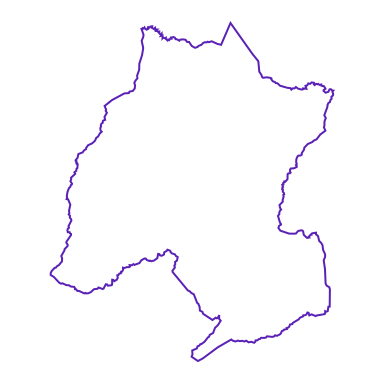 outline of Montepuez, Cabo Delgado, Mozambique
{"feature_id": "85939544B74766547400417", "entity_name": "Montepuez", "entity_type": "district", "adm_level": 2, "iso_a3": "MOZ", "parent_name": "Mozambique", "parent_adm1": "Cabo Delgado", "projection": "albers", "projection_center": [38.773, -12.625], "detail": "fine", "context": "isolated", "style": "outline", "palette": "violet", "viewbox_px": 384, "rotation_deg": 0, "n_neighbors": 0, "source": "geoboundaries", "source_scale": "gbopen_adm2", "svg_char_len": 5893}
<svg xmlns="http://www.w3.org/2000/svg" viewBox="0 0 384 384"><path d="M316.0,232.7L312.2,233.3L311.4,234.0L311.5,234.7L310.5,234.8L309.3,236.3L309.4,237.3L308.5,237.0L308.3,237.7L307.0,237.9L303.8,234.9L303.1,231.2L302.0,230.3L299.1,230.7L297.9,231.2L296.0,233.5L294.0,233.7L289.1,233.6L280.4,230.7L278.4,227.9L279.1,225.8L281.0,224.6L281.0,224.0L280.0,222.7L278.0,215.9L279.4,214.0L279.2,212.7L280.3,210.2L281.1,209.6L280.1,207.9L279.5,205.0L282.8,201.7L282.6,200.1L283.6,196.8L283.3,194.9L284.2,194.3L283.7,192.6L282.8,191.8L282.9,189.5L282.2,189.3L282.4,187.3L283.0,187.0L282.3,184.8L283.4,184.5L283.1,183.1L284.6,182.2L284.3,181.5L285.8,181.2L287.5,179.1L287.6,174.1L288.3,173.4L289.9,173.3L290.6,172.6L289.9,171.0L290.1,169.5L290.8,168.5L294.0,168.3L296.7,167.0L296.8,166.0L295.9,165.0L296.8,163.9L296.2,162.6L296.3,159.5L297.0,157.4L298.1,155.7L300.7,155.5L301.8,154.6L301.7,153.2L304.0,149.7L304.3,147.7L307.8,144.0L312.4,142.0L313.6,140.7L316.6,139.3L320.2,134.6L325.4,130.7L323.9,127.2L324.4,125.9L324.5,121.3L325.8,118.1L324.3,115.3L327.3,107.2L327.6,104.7L328.5,102.9L329.9,102.1L330.4,100.1L331.6,98.7L331.4,96.8L333.0,95.4L333.2,93.9L332.4,91.9L333.3,90.6L332.1,90.4L330.9,89.2L329.5,89.4L328.4,91.8L325.6,92.7L323.5,90.8L323.7,90.0L325.5,88.8L324.0,86.2L321.5,85.8L321.3,84.5L319.5,84.9L318.2,83.9L317.6,84.3L316.0,83.8L314.7,85.1L313.8,84.3L313.9,82.8L311.7,82.4L310.1,83.9L308.3,83.4L307.2,85.4L305.5,85.8L306.4,88.8L304.8,88.4L303.8,89.0L303.1,88.4L302.4,89.5L300.9,89.4L298.0,88.6L295.9,87.0L294.7,88.3L292.9,88.3L291.3,89.6L290.6,88.2L287.3,87.8L280.0,85.7L277.5,83.3L275.6,83.0L275.0,82.1L272.7,81.2L271.2,79.1L271.4,78.4L270.5,77.9L266.8,77.3L263.1,77.8L262.0,76.9L261.4,74.9L259.3,71.7L258.3,61.2L252.4,53.9L230.5,23.0L221.1,44.8L217.4,43.9L211.7,41.3L208.8,42.2L207.7,41.7L206.6,42.4L204.8,42.2L203.0,43.1L201.4,44.8L198.5,45.9L197.5,47.0L195.0,47.8L191.8,46.0L189.1,42.0L187.0,41.9L185.6,39.8L183.4,39.4L180.2,39.6L179.4,40.7L176.7,39.2L175.6,39.2L174.9,37.7L173.4,37.0L172.4,37.5L171.3,37.4L171.4,38.6L170.5,38.3L169.2,40.1L168.2,39.5L167.6,40.5L165.7,38.8L165.8,37.8L164.9,38.3L163.2,37.5L162.5,38.3L162.5,35.4L161.0,35.8L161.6,34.9L161.6,33.6L160.9,34.4L160.0,34.1L159.2,33.2L159.3,31.5L158.0,31.8L157.5,31.1L156.4,31.0L156.8,30.3L155.4,30.5L155.3,29.9L156.3,29.4L155.2,29.3L155.0,27.9L153.9,29.0L151.9,27.8L152.2,26.3L150.5,26.5L149.6,27.6L148.2,27.0L147.7,28.0L148.1,28.9L146.7,29.7L144.8,28.4L144.5,27.5L143.6,28.6L142.7,28.1L142.3,28.8L141.5,28.9L143.5,34.6L143.3,36.7L141.7,40.8L143.2,48.0L142.1,55.0L139.3,63.8L139.2,69.7L137.1,75.7L137.4,78.4L135.6,80.4L134.3,83.0L135.1,85.2L134.7,88.6L132.7,91.0L129.5,91.6L128.8,93.1L124.4,93.4L112.1,100.0L104.6,106.0L106.1,109.6L105.7,110.8L106.9,112.8L104.5,116.9L105.1,119.9L103.0,120.7L102.6,123.0L101.5,123.5L100.8,125.2L101.1,126.3L100.3,128.1L100.6,130.7L101.7,131.7L99.8,133.5L98.1,136.5L96.3,137.8L95.0,140.7L93.7,142.0L91.9,143.5L88.1,145.2L86.2,147.8L86.1,149.1L84.0,150.4L82.6,152.4L78.4,154.0L77.5,157.9L75.6,160.2L75.7,160.9L76.5,161.2L76.2,162.5L76.6,163.7L77.3,163.4L77.7,164.4L77.3,168.2L76.5,168.8L76.2,171.0L74.4,172.3L75.2,173.9L71.1,177.6L71.2,179.3L70.4,181.3L72.0,183.6L71.8,184.5L70.8,185.1L70.3,186.9L69.0,188.0L67.5,191.9L66.8,196.3L67.1,197.4L66.6,199.1L68.1,199.3L70.3,204.7L69.0,210.9L69.4,213.1L68.7,214.4L70.0,215.8L69.8,217.6L71.1,219.2L71.4,220.5L68.5,226.2L69.0,227.7L67.8,228.8L67.4,230.5L67.8,232.2L69.6,232.2L69.9,233.3L71.0,233.9L71.0,235.1L66.4,241.8L66.4,242.9L67.7,244.7L67.6,246.0L64.6,249.1L64.4,250.5L61.3,256.0L62.1,258.3L62.0,261.3L59.0,265.0L57.0,266.2L55.8,267.7L54.6,267.9L51.7,271.0L50.7,273.0L50.7,275.0L53.8,276.9L59.3,282.8L61.2,283.7L62.5,283.3L66.3,285.1L69.1,285.3L70.7,286.5L74.2,286.9L74.9,288.0L74.9,289.2L76.2,289.3L77.3,290.9L79.2,291.0L84.2,293.4L85.6,292.9L86.1,293.4L88.2,293.3L90.9,292.1L94.0,289.2L97.5,288.8L98.5,287.5L102.6,289.0L103.5,288.7L105.8,284.3L107.0,284.4L107.9,285.7L111.7,285.2L112.1,284.4L112.2,279.7L113.3,279.8L114.3,281.2L116.7,279.8L117.8,277.8L117.3,275.3L118.4,275.1L119.3,273.6L120.9,273.3L121.1,271.7L122.1,271.6L123.1,269.7L123.0,267.7L124.1,268.1L126.9,267.1L129.2,267.1L129.9,266.6L129.6,265.1L131.9,265.3L133.4,264.1L134.4,264.9L139.4,263.1L141.4,260.2L144.5,258.5L145.7,258.5L146.7,259.9L149.3,261.0L150.1,260.6L151.3,261.2L153.9,260.6L157.3,258.2L158.1,253.9L159.4,254.1L159.9,255.3L161.6,255.8L164.0,254.5L164.2,252.4L166.8,250.8L167.4,249.7L169.9,250.6L170.6,251.4L170.6,252.2L171.9,253.4L174.8,254.3L175.9,256.0L177.7,257.0L177.0,260.5L175.1,261.9L175.2,264.5L174.3,265.6L174.9,267.5L172.4,270.8L172.6,272.0L187.9,290.5L189.6,291.2L191.4,293.0L193.8,294.3L197.2,303.0L198.3,303.7L199.6,306.9L199.9,310.6L202.4,311.8L203.1,313.8L212.5,320.0L215.7,317.7L216.7,318.3L217.8,317.9L219.2,315.1L219.1,318.8L220.7,320.7L218.0,325.0L215.0,327.9L213.1,333.0L209.8,334.8L209.0,336.8L207.9,337.4L204.6,341.7L201.3,344.1L200.3,344.2L199.3,345.6L197.5,346.3L196.9,348.4L192.2,350.5L192.5,354.4L191.6,356.7L197.9,361.0L202.7,358.5L217.8,347.3L231.3,339.5L232.6,340.6L235.3,341.5L237.9,340.6L239.9,341.2L242.0,340.8L244.3,341.5L246.3,340.7L248.5,342.3L251.4,341.8L254.1,342.8L255.3,341.8L255.6,340.4L257.4,340.3L258.7,339.2L260.0,339.0L261.1,337.8L264.7,337.9L266.0,337.5L267.0,336.3L272.3,336.9L274.3,336.3L275.0,335.3L277.0,335.8L279.7,334.5L280.9,333.4L281.8,331.1L283.6,330.4L283.9,329.7L286.9,329.0L286.7,328.0L287.7,327.9L289.2,326.7L290.0,324.5L292.3,324.1L292.8,322.9L298.8,319.3L300.0,317.7L303.0,316.4L303.2,315.3L304.7,315.3L306.3,314.6L307.5,312.5L308.6,312.8L309.3,315.4L311.6,314.4L315.7,316.1L316.6,315.5L324.2,314.2L325.1,313.7L325.2,311.2L326.1,311.7L327.7,311.2L328.4,306.7L329.7,306.6L329.9,289.5L329.3,287.2L326.7,285.7L325.6,283.6L325.0,269.1L323.7,260.3L325.1,256.9L325.1,254.2L323.1,249.9L322.5,245.2L321.2,242.9L319.2,241.0L318.0,236.0L316.0,234.3L316.0,232.7Z" fill="none" stroke="#5b21b6" stroke-width="2"/></svg>